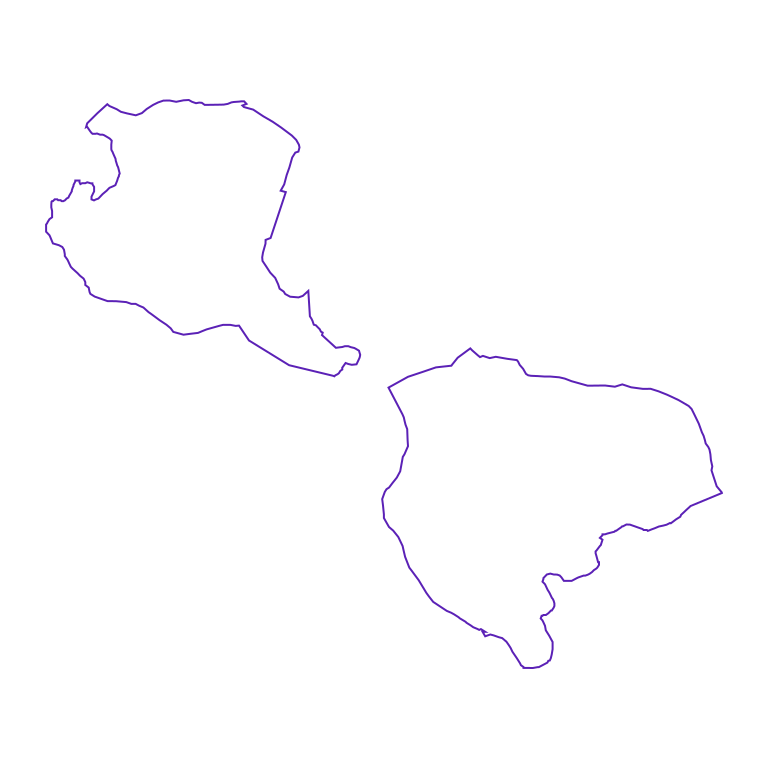 Assuit, Asyut, Egypt
{"feature_id": "37247803B81923803494172", "entity_name": "Assuit", "entity_type": "district", "adm_level": 2, "iso_a3": "EGY", "parent_name": "Egypt", "parent_adm1": "Asyut", "projection": "robinson", "projection_center": [31.15, 27.164], "detail": "fine", "context": "isolated", "style": "outline", "palette": "violet", "viewbox_px": 768, "rotation_deg": 0, "n_neighbors": 0, "source": "geoboundaries", "source_scale": "gbopen_adm2", "svg_char_len": 6035}
<svg xmlns="http://www.w3.org/2000/svg" viewBox="0 0 768 768"><path d="M721.9,493.0L721.7,492.3L716.7,486.3L713.6,476.8L711.5,470.3L712.3,466.4L710.9,460.0L710.4,454.3L709.5,449.6L708.3,447.0L705.7,443.5L704.9,440.1L703.6,435.8L701.9,432.3L698.8,423.7L694.2,414.2L691.6,409.0L688.7,406.0L678.6,400.1L671.4,396.7L666.8,394.6L658.5,391.3L650.6,388.8L643.1,388.9L631.1,387.3L622.3,384.4L614.9,386.7L604.9,385.5L587.7,385.7L571.6,381.2L564.8,378.6L559.2,377.3L549.8,376.5L544.1,376.5L538.0,376.1L531.0,375.8L528.2,375.3L526.0,373.9L523.1,368.8L519.7,364.9L518.1,361.6L516.8,360.1L507.2,358.8L495.8,356.8L489.7,358.1L482.9,355.9L480.0,357.1L477.8,355.3L472.1,350.3L470.3,348.4L457.7,357.7L452.3,364.4L451.4,365.7L438.4,367.1L435.9,367.4L435.0,367.7L422.7,371.9L408.0,376.8L396.1,383.4L388.5,387.6L402.4,414.2L403.8,417.4L404.6,421.0L405.5,424.6L407.2,429.1L407.6,440.2L408.0,446.2L406.4,449.8L404.5,454.2L402.8,456.9L402.0,461.4L400.2,471.3L396.8,477.6L392.5,483.0L389.1,487.5L386.5,489.2L384.8,491.9L382.2,499.1L383.0,505.4L383.9,514.4L383.9,518.0L384.9,519.8L389.0,527.0L393.2,530.6L398.3,537.0L402.6,546.0L403.4,549.6L405.1,556.8L409.3,567.6L411.9,571.0L412.7,572.1L418.7,580.2L426.3,592.8L428.9,596.4L433.2,601.9L440.0,606.4L446.8,610.9L451.1,612.7L454.0,614.3L458.7,617.3L459.6,618.2L465.6,621.8L466.4,622.7L470.7,625.4L473.2,627.2L477.5,629.0L479.2,629.9L480.9,629.1L485.2,631.8L482.6,631.8L485.2,636.3L490.3,634.5L493.7,635.4L498.8,637.2L502.2,638.1L506.5,641.8L509.0,645.4L510.7,648.1L512.4,651.7L516.7,658.0L518.4,660.7L520.1,663.4L520.9,665.2L523.5,667.0L523.5,667.9L532.9,668.0L537.9,667.1L538.9,667.1L547.4,662.6L548.3,660.8L549.8,660.5L550.8,658.2L551.7,654.6L552.6,649.2L552.6,642.0L549.2,635.7L545.8,630.3L545.0,625.8L543.3,622.1L542.4,620.3L540.7,618.5L541.6,615.8L542.4,615.9L543.3,615.0L545.0,615.0L545.9,615.0L548.4,613.2L549.3,612.3L551.0,610.5L551.8,610.5L553.6,607.8L554.4,606.0L554.4,603.3L553.6,600.6L552.7,598.8L551.9,597.9L550.2,594.3L549.3,592.5L547.6,589.8L545.5,585.3L545.1,584.4L544.3,583.5L542.5,581.7L543.4,579.0L543.4,578.1L546.0,575.4L546.8,574.5L550.3,573.6L553.7,574.5L557.1,574.6L559.7,575.5L561.4,577.3L563.9,580.9L569.9,580.9L571.6,580.9L573.3,580.0L575.0,579.1L576.7,578.2L578.4,577.4L581.0,576.5L583.6,575.6L585.3,575.6L587.8,574.7L589.6,573.8L592.1,572.0L593.8,570.2L596.4,568.5L597.3,567.6L599.0,564.9L599.0,562.2L598.1,562.2L596.4,555.9L595.6,553.2L595.6,551.4L596.5,550.5L599.9,546.0L600.8,545.1L602.5,539.7L599.9,537.9L602.5,535.2L602.5,534.3L605.1,534.3L607.5,533.5L614.5,531.7L615.3,530.8L616.2,530.8L618.7,529.0L621.3,527.2L622.2,526.3L623.0,526.3L624.7,525.4L626.4,524.5L629.0,524.6L629.9,524.6L632.4,525.5L635.0,526.4L637.5,527.3L640.1,528.2L642.7,529.1L643.5,530.0L646.9,530.0L647.8,530.9L652.1,529.2L654.6,528.3L658.9,526.5L663.2,525.6L666.6,524.7L670.0,523.0L670.8,523.3L673.5,521.3L676.0,519.4L680.3,516.7L681.1,514.8L684.7,511.5L685.6,510.6L687.9,508.5L688.8,507.7L690.6,506.0L721.9,493.0ZM308.3,290.9L302.8,295.9L298.5,297.4L290.1,296.7L285.2,294.0L283.7,291.6L279.6,288.7L278.1,284.2L275.2,277.9L270.2,272.6L266.7,267.2L262.5,260.9L262.2,257.3L263.0,252.5L265.5,243.7L265.6,239.9L270.6,238.0L285.8,192.1L280.7,190.7L280.8,190.5L284.2,184.4L286.7,175.0L289.4,167.4L292.2,157.5L295.3,152.6L298.4,151.6L299.5,147.4L298.9,144.7L296.2,139.9L291.8,135.5L281.1,127.5L272.9,121.9L263.3,116.3L253.2,109.6L245.9,107.6L243.9,107.0L242.4,105.5L246.5,103.9L244.1,101.3L241.5,101.3L239.2,101.6L233.7,102.0L231.4,102.4L227.7,103.9L223.7,104.6L218.8,104.7L211.9,104.8L204.7,104.9L201.8,102.8L199.2,102.6L196.0,103.2L192.0,101.8L188.8,100.0L183.6,100.3L176.2,101.8L169.5,100.5L163.4,100.6L158.2,102.4L153.1,104.9L146.7,109.0L141.9,113.1L135.8,115.3L127.0,113.4L120.9,111.8L116.7,109.2L109.4,106.0L107.3,104.2L97.4,113.2L87.2,123.3L86.1,127.1L87.0,126.6L88.9,129.4L90.0,131.0L91.3,132.7L92.5,133.8L93.3,133.8L94.2,133.8L95.5,133.8L97.0,133.5L100.2,134.7L102.7,134.7L104.1,135.2L108.5,137.8L109.9,138.7L111.7,140.6L111.6,141.9L111.3,144.6L111.3,148.2L111.3,149.1L111.6,150.4L112.4,151.6L113.6,154.5L114.8,157.2L115.5,158.7L115.8,160.8L116.5,163.0L117.2,165.4L118.1,167.2L119.7,173.5L118.9,175.3L118.9,176.2L118.0,177.9L117.2,180.6L115.4,185.1L113.7,186.0L109.5,187.8L107.7,189.6L106.9,190.5L102.6,194.1L99.2,197.7L98.3,198.6L95.7,199.5L94.0,200.4L91.5,199.4L91.5,196.7L93.2,193.2L94.1,191.4L94.1,189.6L94.1,188.7L94.1,186.9L92.4,184.2L92.4,183.3L90.6,183.3L89.1,182.8L87.2,182.3L85.3,183.2L82.1,183.2L80.4,184.1L79.5,182.3L79.5,180.5L77.0,180.5L75.3,180.5L75.3,181.4L73.5,185.0L73.5,185.9L72.7,187.7L71.8,190.4L71.8,191.3L69.2,195.8L68.4,197.6L66.7,198.5L65.0,200.3L63.2,201.2L61.5,201.1L60.7,200.2L58.1,200.2L57.3,199.3L55.6,199.3L54.7,199.3L53.0,201.1L52.1,201.1L51.5,201.8L51.3,204.7L51.3,207.4L52.1,211.0L52.1,212.8L52.1,216.4L52.1,217.3L49.5,219.1L47.8,221.8L46.9,223.6L46.1,224.5L46.1,226.3L46.1,228.1L46.1,231.7L49.5,235.3L50.3,237.1L52.9,243.4L58.9,245.2L62.3,247.0L64.0,249.7L64.8,254.2L64.8,256.0L67.4,259.6L68.3,261.4L69.1,263.2L70.8,266.8L72.5,268.6L77.6,273.2L79.3,275.0L80.2,275.9L83.6,278.6L84.6,280.6L85.3,282.2L85.3,285.0L88.7,287.6L89.6,292.1L90.4,293.9L94.7,296.6L99.8,298.4L107.5,301.1L116.0,301.2L126.3,302.1L131.4,303.9L134.0,303.9L135.7,303.9L139.1,305.7L143.4,307.5L148.5,312.1L151.1,313.9L154.9,316.7L159.6,320.2L166.4,324.7L170.7,328.3L173.3,331.9L183.5,334.7L190.4,333.8L198.0,332.9L202.3,331.1L206.6,329.4L219.4,325.8L222.9,324.9L230.5,324.9L235.7,325.9L239.0,325.6L249.0,340.5L289.1,365.2L333.1,375.8L334.4,376.3L335.2,375.4L337.6,374.2L338.9,373.2L340.3,370.9L342.3,369.5L342.2,367.8L344.1,365.1L345.6,363.0L348.3,364.0L351.8,364.8L353.7,364.6L356.5,364.3L358.3,360.5L359.5,357.9L359.8,356.9L360.2,354.8L359.5,352.5L359.0,350.7L356.0,348.9L354.3,348.0L351.8,347.4L350.9,347.2L348.3,346.2L344.9,346.2L342.3,347.0L339.8,347.3L335.9,347.8L322.0,335.1L322.5,333.4L322.7,332.6L321.0,331.7L320.2,330.2L319.8,329.3L319.0,328.5L317.6,327.1L315.9,325.3L313.8,324.7L313.1,322.7L312.5,320.9L311.4,318.6L309.9,316.3L308.3,290.9Z" fill="none" stroke="#5b21b6" stroke-width="2"/></svg>